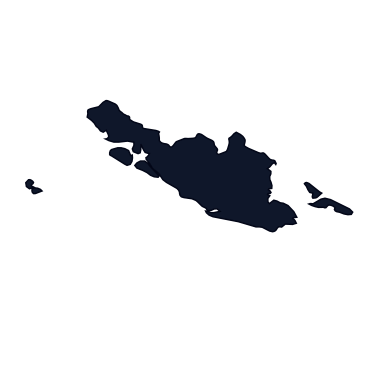 SVG path tracing the border of Phangnga, rotated 297°
{"feature_id": "THA-378", "entity_name": "Phangnga", "entity_type": "Province", "adm_level": 1, "iso_a3": "THA", "parent_name": "Thailand", "parent_adm1": "", "projection": "natural_earth1", "projection_center": [98.43, 8.688], "detail": "fine", "context": "isolated", "style": "filled", "palette": "ink", "viewbox_px": 384, "rotation_deg": 297, "n_neighbors": 0, "source": "natural_earth", "source_scale": "10m", "svg_char_len": 4691}
<svg xmlns="http://www.w3.org/2000/svg" viewBox="0 0 384 384"><g transform="rotate(297 192 192)"><path d="M254.6,254.1L255.6,251.9L253.4,250.7L249.8,249.9L247.0,248.5L246.2,252.9L243.9,254.0L241.0,254.2L238.4,255.7L236.6,257.9L234.0,260.3L231.4,261.4L229.8,259.0L228.6,259.0L228.3,261.3L227.4,262.6L226.3,262.4L225.2,260.5L224.0,260.5L224.0,263.0L220.6,262.5L217.7,264.1L216.7,266.2L221.8,268.6L222.5,271.8L222.4,275.5L223.4,278.4L223.5,283.7L220.7,291.6L217.1,296.8L214.9,293.7L213.9,293.7L213.8,295.5L213.3,296.7L211.5,299.1L208.8,296.3L205.8,289.7L201.5,287.8L201.0,286.3L200.3,284.9L198.3,284.3L196.5,284.2L195.1,283.7L194.1,282.9L193.2,281.8L192.5,278.9L192.5,270.6L191.5,267.8L190.0,264.9L186.6,246.7L179.5,221.9L179.2,217.7L180.1,214.2L181.2,212.8L181.8,214.5L182.2,218.2L183.4,220.7L187.5,225.8L188.4,221.9L187.0,219.5L184.6,217.6L182.9,215.2L182.8,213.9L183.3,212.9L183.8,212.1L184.0,211.3L183.9,208.1L184.0,207.2L185.9,201.2L186.3,199.3L186.0,195.0L183.4,187.4L182.9,184.7L183.6,182.9L184.8,181.8L186.2,180.9L187.5,179.4L188.0,178.1L188.4,176.9L189.0,164.8L189.8,160.5L193.5,153.9L195.1,146.2L198.3,141.0L200.4,136.3L201.8,135.4L202.4,135.9L204.9,136.6L207.0,136.6L206.4,134.7L206.0,132.3L207.6,129.6L211.5,124.7L206.5,127.1L203.4,128.0L201.7,126.5L201.3,121.4L203.3,119.3L207.3,119.1L210.0,117.6L208.1,111.4L203.2,104.0L201.0,99.6L200.1,94.8L200.0,90.9L200.8,92.0L202.9,92.8L204.3,92.2L205.6,90.8L208.1,87.6L205.0,85.7L204.9,82.7L206.5,79.5L207.0,76.9L209.0,73.7L210.2,70.1L211.2,64.6L211.3,64.6L213.4,64.0L214.7,63.6L216.1,62.6L217.0,62.3L217.4,62.2L218.0,62.2L219.1,63.0L220.4,64.2L225.6,70.2L231.5,72.1L234.3,73.8L234.8,74.7L235.1,76.3L235.5,83.4L235.4,84.2L235.1,85.5L234.8,86.1L233.4,88.1L232.2,89.4L231.9,89.8L231.6,90.4L231.4,91.0L231.2,91.7L231.0,93.2L230.8,93.9L230.6,94.5L230.4,95.2L230.3,96.1L230.4,97.4L230.3,98.3L230.4,100.0L230.8,101.0L230.5,102.1L230.0,102.6L228.8,103.2L228.4,103.6L228.2,104.2L228.1,105.7L227.9,107.1L227.9,108.3L229.1,115.4L229.1,116.7L228.8,117.3L228.4,117.7L227.9,118.1L227.3,118.2L226.9,118.6L226.7,119.2L226.7,119.9L226.8,120.7L230.4,131.9L230.8,134.3L230.7,135.7L230.1,135.7L229.6,135.6L229.0,135.7L228.5,135.9L228.1,136.3L227.2,137.0L225.3,138.3L223.7,139.1L223.2,139.4L222.8,139.9L222.5,140.4L222.1,141.7L222.0,142.4L222.1,143.6L222.4,145.1L223.2,147.6L223.3,148.9L223.2,149.8L222.4,151.5L222.3,152.1L222.4,152.8L222.8,153.4L224.7,154.2L228.1,154.8L229.4,155.1L229.9,155.4L236.2,161.0L236.8,162.0L237.8,164.3L240.2,168.4L241.0,169.5L241.8,170.3L242.9,170.6L245.1,170.6L245.7,170.7L246.3,170.9L246.8,171.4L247.2,172.2L247.5,173.8L247.5,174.9L246.8,180.4L246.8,182.0L247.0,186.0L246.9,186.8L246.8,187.5L246.6,188.2L246.3,188.7L245.9,189.1L244.1,190.5L243.7,190.9L243.4,191.5L242.1,194.5L241.8,195.0L241.4,195.4L240.8,195.7L238.9,195.9L238.3,196.1L237.9,196.5L237.5,197.0L237.4,197.6L237.5,198.4L238.0,199.2L243.3,203.9L243.8,204.2L244.8,204.3L246.2,204.3L250.6,203.5L252.2,203.1L253.4,202.6L254.3,202.0L255.3,201.3L255.7,200.9L256.1,200.7L256.7,200.6L258.2,201.5L259.9,202.2L263.0,203.0L265.3,204.3L265.2,209.1L264.6,212.0L263.7,213.9L263.1,214.8L262.6,215.5L261.6,216.1L260.4,216.5L257.9,217.1L257.3,217.3L256.9,217.7L256.6,219.6L256.5,222.8L257.2,233.5L257.6,235.5L257.9,236.0L258.6,236.9L259.0,237.4L259.2,238.0L259.1,239.2L258.5,241.0L257.1,244.7L256.5,246.6L256.7,248.6L257.3,250.2L257.4,250.9L257.4,251.6L255.6,254.0L254.6,254.1L254.6,254.1ZM236.4,305.2L244.2,310.2L246.8,313.3L248.1,318.9L248.4,340.0L247.0,344.3L244.4,344.1L242.6,341.2L241.5,337.4L241.0,332.7L240.2,329.9L240.2,328.3L241.0,326.9L242.1,326.7L243.1,326.4L243.5,324.3L243.4,322.6L243.0,320.8L242.1,319.4L240.7,318.9L238.8,318.4L238.2,317.4L238.0,315.9L235.8,311.8L234.9,308.4L234.4,304.8L234.4,301.6L235.2,302.4L235.7,303.3L236.4,305.2ZM195.5,103.4L197.6,105.7L199.2,108.8L200.1,112.5L200.1,116.7L196.6,120.8L197.8,122.0L195.3,123.5L192.0,124.6L188.6,124.4L186.3,122.0L186.3,119.4L187.7,103.7L187.6,102.4L188.1,101.6L189.7,100.8L191.8,100.5L193.3,101.1L195.5,103.4ZM194.3,130.7L196.1,132.0L198.1,135.8L197.4,139.7L195.3,144.2L191.3,155.4L189.8,155.1L188.4,151.4L188.1,147.4L188.9,143.2L188.9,138.1L188.3,132.1L189.7,129.0L192.8,129.7L194.3,130.7ZM252.7,292.4L250.0,305.7L249.9,308.1L244.3,305.9L243.0,305.0L241.4,302.5L242.2,301.4L245.8,300.3L245.1,297.1L246.7,294.3L249.0,291.4L250.4,288.4L251.7,288.8L252.4,289.6L252.6,290.8L252.7,292.4ZM124.5,49.0L121.1,45.7L121.7,42.0L124.8,39.7L128.7,40.8L129.4,42.0L129.5,43.6L129.2,45.2L128.6,46.4L127.3,46.5L125.7,45.7L124.5,46.0L124.5,49.0ZM124.8,57.9L119.5,53.1L118.7,51.6L119.1,50.1L120.1,49.1L121.3,48.4L122.4,48.3L124.2,49.9L125.3,52.8L125.5,55.8L124.8,57.9Z" fill="#0f172a" stroke="#020617" stroke-width="1.5"/></g></svg>